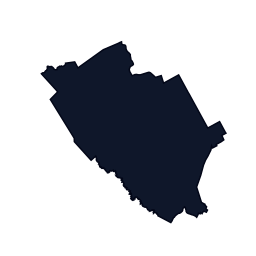 Palmerston North City, Manawatu-Wanganui, New Zealand (Albers equal-area conic projection), rotated 103°
{"feature_id": "76426892B89930780438599", "entity_name": "Palmerston North City", "entity_type": "district", "adm_level": 2, "iso_a3": "NZL", "parent_name": "New Zealand", "parent_adm1": "Manawatu-Wanganui", "projection": "albers", "projection_center": [175.702, -40.399], "detail": "fine", "context": "isolated", "style": "filled", "palette": "ink", "viewbox_px": 256, "rotation_deg": 103, "n_neighbors": 0, "source": "geoboundaries", "source_scale": "gbopen_adm2", "svg_char_len": 5639}
<svg xmlns="http://www.w3.org/2000/svg" viewBox="0 0 256 256"><g transform="rotate(103 128 128)"><path d="M45.5,153.7L46.3,154.9L47.9,156.8L57.3,169.7L80.7,190.3L75.6,194.8L78.9,203.4L79.4,203.2L80.1,203.3L81.1,203.7L81.7,204.3L82.0,204.3L82.7,205.2L82.7,206.0L82.5,206.8L83.1,207.6L83.2,208.6L83.6,208.8L84.8,210.2L85.5,210.5L87.1,210.4L87.1,210.7L87.6,211.5L87.5,212.5L87.3,213.4L86.7,213.7L86.0,214.7L85.8,215.3L85.3,216.1L85.3,216.5L85.7,217.6L86.0,217.9L85.8,219.2L85.9,219.6L85.8,220.0L86.1,220.4L86.4,220.5L87.0,220.4L87.5,219.7L88.8,220.1L89.5,220.2L90.0,220.1L90.7,221.0L91.7,221.6L92.2,221.5L92.7,221.8L93.2,222.5L93.3,223.3L94.2,224.3L94.6,224.6L106.6,207.3L108.6,204.6L117.6,210.1L150.0,178.1L153.4,177.2L167.7,156.7L162.6,153.1L162.7,152.9L163.0,153.0L163.3,153.3L163.4,153.2L163.4,152.8L164.2,152.3L164.3,152.1L164.8,151.9L165.0,151.6L165.7,151.7L166.0,151.5L166.3,151.7L167.6,150.5L167.9,150.0L168.0,149.2L167.8,149.0L167.8,148.7L168.0,148.5L168.7,148.3L169.7,148.5L169.7,148.2L169.9,148.2L170.3,147.6L170.7,147.6L170.9,147.3L172.1,146.8L172.3,146.4L172.1,146.0L171.9,145.8L172.0,145.6L172.0,145.2L172.6,145.3L172.7,144.9L173.0,144.8L173.2,144.4L173.1,144.0L172.9,143.8L172.9,143.6L172.7,143.5L172.9,143.0L172.3,142.6L173.0,142.0L173.2,141.6L173.2,141.3L173.8,141.1L174.6,139.9L175.3,139.2L175.4,138.6L175.6,138.4L176.2,138.0L176.0,137.8L175.9,137.4L176.0,137.0L175.7,136.6L175.4,136.5L175.2,136.3L175.0,136.5L174.9,136.4L174.7,136.5L174.5,136.1L173.7,136.2L173.7,135.6L173.5,135.4L173.5,135.1L173.7,134.8L173.7,134.5L173.3,133.7L172.8,133.4L172.4,132.7L172.7,132.5L173.1,132.6L173.5,132.3L173.0,131.5L173.1,131.3L173.3,131.1L173.2,130.8L172.8,130.6L173.7,130.1L173.7,129.8L174.4,130.0L174.5,129.8L175.1,129.5L175.4,129.0L175.5,129.1L175.5,128.6L176.3,128.4L176.6,128.6L176.9,128.6L177.1,128.9L177.2,128.7L177.6,128.6L177.6,128.4L177.8,128.2L177.9,127.7L178.0,127.5L178.2,127.4L178.4,127.0L178.2,126.9L178.3,126.5L178.2,126.3L178.6,125.5L178.2,124.9L178.0,124.7L178.2,124.4L178.5,123.9L178.5,123.4L178.2,122.7L178.5,122.6L178.4,122.4L178.6,122.3L178.6,122.1L179.7,122.0L179.5,122.4L179.8,122.9L180.3,123.0L180.5,122.8L180.6,122.4L180.8,122.0L181.0,121.9L181.0,121.4L181.5,121.3L181.6,121.5L182.1,121.6L181.8,120.9L181.8,120.3L182.6,120.0L183.0,119.4L183.5,119.6L183.9,119.4L184.1,119.6L184.3,119.4L184.7,119.3L184.9,119.5L185.7,118.9L185.8,118.6L185.6,118.4L185.7,117.9L185.9,117.8L185.8,117.5L185.9,117.2L186.4,117.6L186.8,117.4L186.6,116.0L186.9,116.2L187.2,116.2L187.4,115.8L187.7,115.7L187.9,115.8L188.3,115.4L188.4,115.2L188.3,114.7L187.9,114.4L188.1,114.1L188.3,113.9L188.1,113.2L188.2,112.9L188.5,112.7L188.8,112.6L189.5,112.8L189.6,112.4L189.0,111.6L189.6,111.6L190.0,111.2L190.3,111.0L190.5,111.1L191.1,111.7L191.3,111.3L192.1,111.7L192.1,111.2L191.6,110.3L191.8,110.2L191.5,109.9L191.8,109.8L192.2,109.8L192.4,110.1L192.7,109.8L192.8,109.8L193.1,109.3L193.5,109.3L194.0,109.6L194.0,109.4L194.7,108.8L195.0,108.8L195.1,108.7L195.3,108.8L195.4,109.0L195.3,109.3L195.9,109.4L195.9,109.1L196.2,109.0L196.1,108.7L196.4,108.5L196.8,108.6L196.9,108.4L196.7,108.3L196.7,108.1L196.8,108.1L196.8,107.8L197.0,107.5L197.3,107.4L197.4,107.0L197.1,106.8L197.0,106.6L196.9,106.8L196.5,106.6L196.2,106.6L195.8,105.7L195.6,106.0L195.3,106.3L195.2,106.1L194.7,105.4L194.3,105.8L194.1,105.8L194.0,105.6L194.1,105.4L193.6,105.0L193.5,104.2L193.5,103.8L193.4,103.6L194.1,103.2L194.6,102.7L194.2,102.3L194.2,101.8L194.5,101.5L195.0,101.5L194.8,101.1L194.9,100.8L195.1,100.6L195.3,99.9L195.6,99.9L195.9,99.5L196.0,99.5L196.0,99.2L196.5,99.1L196.8,99.3L196.8,99.0L197.0,99.0L197.0,98.9L197.2,98.6L197.6,98.7L198.1,98.9L198.1,98.4L198.7,98.7L199.2,98.7L198.6,97.9L198.6,97.5L198.8,97.5L198.9,97.3L198.7,97.1L199.1,96.8L199.4,96.8L199.5,96.7L200.0,96.8L200.9,95.9L201.3,93.9L201.1,92.1L203.2,90.3L203.5,88.8L204.1,88.5L203.7,88.2L203.7,87.9L203.9,87.9L203.7,87.5L203.8,87.3L203.7,87.2L203.3,87.0L203.2,86.7L202.9,86.5L202.6,86.2L202.9,86.0L202.7,85.5L202.3,85.3L202.2,85.0L202.6,85.0L202.3,84.3L202.2,83.8L202.5,83.6L202.8,83.7L203.0,83.6L203.5,83.8L203.9,84.2L204.2,84.3L204.2,84.1L204.7,84.2L204.9,84.0L205.3,83.9L205.0,83.7L204.6,83.7L204.1,83.5L204.1,83.2L204.3,83.0L204.1,82.7L204.2,82.4L204.4,82.2L204.2,81.5L204.5,81.3L204.4,81.0L204.5,80.8L204.8,80.6L205.0,80.6L205.1,80.2L205.5,80.2L205.5,79.5L206.1,79.4L206.5,79.0L206.8,79.0L210.5,65.0L208.5,64.2L207.3,64.0L205.2,63.5L204.5,62.8L202.9,62.2L200.2,60.1L199.6,59.2L199.5,58.7L198.7,57.7L197.3,56.7L196.8,56.4L195.8,56.2L194.3,56.4L193.6,56.2L192.8,55.2L192.2,55.2L192.3,54.6L192.6,54.2L194.3,53.4L195.1,52.9L196.2,52.6L197.1,51.8L197.5,51.1L197.8,49.7L197.8,49.0L198.0,47.6L198.0,46.9L198.2,46.1L198.1,45.6L198.3,44.1L198.8,42.2L199.5,41.0L196.7,40.3L195.2,40.1L195.4,38.4L194.0,38.2L194.4,37.2L194.8,36.6L193.4,36.2L192.0,35.6L192.4,32.7L190.1,32.1L189.2,34.0L187.1,33.7L185.4,36.2L185.0,36.0L184.0,39.7L170.1,47.9L157.7,46.5L147.1,46.1L141.7,45.2L137.2,43.8L130.7,42.3L126.6,42.5L128.4,41.1L125.3,37.5L124.2,38.4L120.5,34.2L118.0,32.0L114.1,34.9L111.0,31.4L110.3,32.2L101.2,40.2L110.1,50.3L80.6,76.6L80.5,76.8L64.9,90.6L75.6,102.6L76.2,103.5L69.5,107.4L72.5,112.6L71.3,114.6L69.3,118.3L69.1,118.8L69.0,119.5L69.0,120.1L69.3,120.8L73.4,127.9L73.8,129.5L73.9,131.9L74.4,133.3L75.4,134.7L76.2,135.7L72.5,139.1L70.6,140.0L68.5,139.8L67.9,139.6L66.9,138.9L66.4,138.2L65.5,137.4L64.8,137.1L64.2,137.3L63.3,137.9L61.9,139.1L60.8,140.6L59.4,141.0L57.5,141.9L55.9,142.3L54.7,143.8L54.2,144.8L53.5,146.0L52.4,147.0L51.4,147.7L49.2,148.4L48.6,148.7L48.1,149.2L47.9,149.7L47.9,150.2L48.1,152.0L47.7,152.7L47.2,153.1L45.5,153.7Z" fill="#0f172a" stroke="#020617" stroke-width="1.5"/></g></svg>